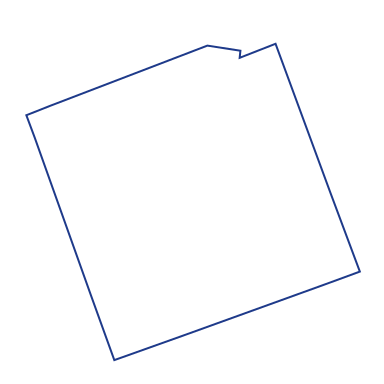 outline of Lawrence, Indiana, United States of America, rotated 250°
{"feature_id": "52423323B62913714602818", "entity_name": "Lawrence", "entity_type": "district", "adm_level": 2, "iso_a3": "USA", "parent_name": "United States of America", "parent_adm1": "Indiana", "projection": "equal_earth", "projection_center": [-86.446, 38.839], "detail": "fine", "context": "isolated", "style": "outline", "palette": "blue", "viewbox_px": 384, "rotation_deg": 250, "n_neighbors": 0, "source": "geoboundaries", "source_scale": "gbopen_adm2", "svg_char_len": 324}
<svg xmlns="http://www.w3.org/2000/svg" viewBox="0 0 384 384"><g transform="rotate(250 192 192)"><path d="M296.8,62.8L131.0,61.7L60.6,61.5L60.1,136.3L59.7,285.4L59.8,322.5L143.9,321.8L302.7,321.2L301.8,282.7L308.2,285.8L324.3,256.5L321.5,88.2L320.8,62.6L296.8,62.8Z" fill="none" stroke="#1e3a8a" stroke-width="2"/></g></svg>